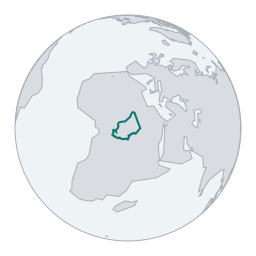 Chad highlighted on a globe, orthographic projection, rotated 42°
{"feature_id": "TCD", "entity_name": "Chad", "entity_type": "country or territory", "adm_level": 0, "iso_a3": "TCD", "parent_name": "Africa", "parent_adm1": "", "projection": "orthographic", "projection_center": [18.978, 15.46], "detail": "fine", "context": "on_globe", "style": "outline", "palette": "teal", "viewbox_px": 256, "rotation_deg": 42, "n_neighbors": 0, "source": "natural_earth", "source_scale": "50m", "svg_char_len": 10927}
<svg xmlns="http://www.w3.org/2000/svg" viewBox="0 0 256 256"><g transform="rotate(42 128 128)"><circle cx="128" cy="128" r="113" fill="#eef3f6" stroke="#a8b0b8"/><path d="M100.5,18.8L93.8,20.7L95.3,20.3L91.1,21.8L91.2,22.0L88.6,22.9L91.0,22.4L93.4,21.5L95.2,21.1L95.5,21.2L92.2,22.3L91.6,22.4L90.8,22.8L89.0,23.3L90.1,23.2L86.1,24.6L90.5,23.5L87.7,24.9L84.9,25.9L84.7,25.4L77.7,27.4L74.8,28.8L71.0,30.9L64.9,35.6L61.9,37.5L58.3,40.5L60.1,39.4L63.6,36.8L66.2,35.8L70.2,33.1L71.8,32.5L76.1,30.1L76.0,31.1L73.5,33.4L69.9,35.5L68.8,36.7L72.6,35.3L66.4,40.3L63.0,45.7L61.3,47.2L57.3,48.2L56.2,46.1L50.9,48.8L54.8,47.8L50.6,52.0L50.1,53.1L50.7,53.5L52.5,52.3L51.1,54.1L46.8,55.4L47.9,53.8L49.3,53.3L48.7,52.5L45.7,54.0L43.8,56.3L41.4,57.1L39.9,58.9L38.6,60.3L41.0,57.3L36.7,62.9L33.7,66.4L38.5,59.6L43.9,53.1L49.7,47.0L55.9,41.4L62.6,36.3L69.6,31.7L77.0,27.6L84.6,24.1L92.5,21.1L100.5,18.8ZM17.7,104.9L18.0,104.2L16.8,110.5L17.9,105.7L17.4,109.6L18.7,112.5L18.3,113.7L19.2,123.9L22.2,130.1L22.9,135.5L22.4,138.0L23.9,139.9L23.9,141.8L31.6,148.9L37.0,155.8L37.9,162.4L35.3,168.2L37.6,182.5L34.2,184.5L36.5,190.0L39.2,196.7L36.8,194.0L40.7,199.1L41.6,200.2L36.4,193.5L31.7,186.5L27.6,179.1L24.0,171.4L21.1,163.4L18.7,155.3L17.0,147.0L15.9,138.6L15.4,130.2L15.5,121.7L16.3,113.3L17.7,104.9ZM24.0,84.8L22.5,88.8L22.7,88.1L24.0,84.8ZM28.0,76.2L28.4,75.4L28.2,75.8L28.0,76.2ZM75.8,29.8L75.9,30.0L75.1,30.3L75.8,29.8ZM77.6,28.8L76.6,29.1L77.2,28.6L77.9,28.4L77.6,28.8ZM78.8,28.6L78.6,27.8L79.8,27.1L83.3,25.9L78.8,28.6ZM94.0,21.2L91.5,22.1L93.3,21.3L94.0,21.2ZM94.7,20.8L97.5,19.6L101.3,18.6L99.6,19.1L104.3,17.9L104.8,18.0L102.3,18.7L99.7,19.2L101.9,18.9L94.7,20.8ZM96.1,20.9L96.3,20.6L99.6,19.6L99.8,20.0L98.6,20.2L96.1,20.9ZM105.3,17.7L107.8,17.2L108.9,17.1L110.0,16.9L105.1,17.9L105.3,17.7ZM98.1,20.5L99.8,20.3L98.5,20.9L96.1,21.1L98.1,20.5ZM100.4,19.3L102.0,18.9L101.2,19.2L100.4,19.3ZM94.9,23.5L95.1,22.9L96.8,22.4L94.9,23.5ZM100.5,20.2L100.9,20.0L101.6,19.8L102.5,19.8L100.5,20.2ZM106.2,17.9L106.2,18.0L108.3,17.5L109.2,17.5L105.7,18.3L107.6,18.0L107.9,18.0L104.8,18.6L106.2,17.9ZM105.5,19.3L101.4,20.5L100.6,21.5L99.0,22.0L100.6,20.3L105.5,19.3ZM105.3,18.8L105.0,19.2L103.2,19.5L102.3,19.4L105.3,18.8ZM111.0,17.4L110.5,17.1L111.3,16.9L111.0,17.4ZM105.6,19.4L106.6,19.2L105.7,19.5L105.6,19.4ZM109.8,17.9L109.5,17.7L110.4,17.6L109.8,17.9ZM108.7,18.8L107.4,19.1L106.7,19.1L108.7,18.8ZM109.5,18.3L110.8,18.2L107.3,18.8L109.2,18.3L109.5,18.3ZM110.6,17.8L111.1,17.7L110.6,17.9L110.6,17.8ZM112.1,19.0L107.8,19.9L106.4,19.6L110.6,18.8L112.1,19.0ZM213.2,54.4L213.7,54.9L211.0,51.9L214.2,55.7L216.1,57.9L215.4,56.9L217.1,59.1L218.9,61.5L219.5,62.3L223.9,68.9L227.8,75.8L231.2,82.9L232.8,87.5L233.6,89.5L232.6,88.1L233.9,92.8L237.6,102.6L238.3,105.9L239.1,113.7L238.7,111.3L236.3,107.3L237.6,115.6L239.5,120.7L240.2,128.0L239.5,126.7L238.6,120.4L237.7,118.8L236.7,111.7L233.5,102.3L232.7,105.4L231.5,101.3L227.0,94.3L225.2,98.7L223.1,112.1L224.8,122.9L223.2,128.5L216.2,114.8L212.5,105.0L210.4,106.8L202.9,99.7L191.1,102.0L189.0,99.7L186.9,101.4L181.6,99.6L178.4,95.7L175.3,96.5L183.8,106.9L187.0,106.1L189.3,101.1L191.0,105.0L196.1,107.8L191.7,119.0L173.6,130.9L171.3,123.0L154.8,102.4L155.0,99.9L154.9,99.7L154.7,99.2L153.7,103.3L150.7,99.3L160.1,113.8L161.9,120.3L173.3,131.4L172.4,132.8L175.9,134.9L186.6,130.3L186.8,133.0L182.1,146.3L166.8,164.9L168.6,175.7L167.0,185.0L156.9,191.9L157.2,198.6L151.9,201.4L151.1,205.2L146.5,209.4L139.1,213.4L127.0,213.8L126.7,210.5L121.4,204.1L114.2,187.7L117.7,179.9L116.9,173.7L108.1,159.7L110.0,151.8L107.6,148.4L102.6,149.1L99.7,145.0L96.6,144.8L77.1,146.4L70.9,140.7L63.0,123.7L66.4,117.6L66.6,110.1L89.5,86.7L94.8,88.4L113.3,85.7L115.7,86.6L113.9,92.3L128.2,99.2L132.2,94.3L144.7,97.7L152.7,97.0L154.7,86.2L141.6,87.0L138.9,82.0L149.0,76.9L160.4,76.8L159.7,74.9L152.1,71.0L154.3,67.4L149.4,69.5L151.7,71.3L148.7,72.8L146.5,71.3L147.3,70.0L143.8,69.3L140.5,76.4L142.5,79.0L133.5,80.7L135.9,85.4L133.6,87.7L128.6,80.8L128.8,78.2L120.0,71.1L119.0,73.9L127.3,80.9L124.8,80.4L123.5,84.8L122.6,81.1L113.9,73.2L105.5,75.0L95.4,85.6L90.4,86.4L85.9,84.1L88.9,73.2L99.8,72.8L101.0,69.5L98.3,64.6L101.8,65.1L102.0,63.2L106.1,63.0L111.3,58.7L115.4,58.2L116.9,52.9L119.2,52.1L117.7,55.4L118.7,57.6L128.8,57.2L130.6,56.0L130.8,52.7L133.5,53.2L132.4,50.1L137.9,48.7L130.3,48.0L130.3,44.6L133.3,42.1L131.9,41.0L127.0,45.2L126.2,47.1L127.8,48.9L124.6,54.6L121.3,55.7L119.4,49.6L114.5,50.6L115.2,45.9L128.1,36.5L133.8,34.8L144.2,38.4L143.2,40.3L139.0,39.9L143.4,43.1L142.8,41.5L145.1,42.1L145.6,39.5L147.3,39.8L145.0,36.9L147.1,37.1L148.5,38.9L151.2,35.6L155.3,35.5L155.1,34.7L153.7,33.8L160.0,34.5L159.6,33.9L157.4,33.4L155.1,31.9L153.5,29.7L155.8,30.0L156.6,30.9L161.8,33.4L163.8,36.0L164.6,35.9L163.4,33.9L157.0,30.7L155.5,29.3L158.6,30.5L157.4,29.9L157.3,29.4L159.3,29.2L155.9,27.9L151.9,22.4L155.4,22.1L158.7,23.5L158.3,21.2L162.3,21.7L160.3,21.1L158.7,20.2L157.4,19.9L156.3,19.6L151.7,17.9L152.0,17.9L159.8,19.9L167.4,22.5L174.9,25.6L182.1,29.2L189.0,33.3L195.6,37.9L201.9,43.0L207.8,48.5L213.2,54.4ZM82.2,98.9L81.7,101.1L82.2,98.9ZM172.9,82.3L179.4,82.0L175.5,75.8L177.7,75.2L175.6,73.5L175.2,75.4L170.0,70.6L172.4,68.4L171.1,65.8L168.9,65.8L165.3,70.7L172.8,77.4L171.7,80.2L172.9,82.3ZM18.8,112.5L18.8,114.1L18.5,113.6L18.8,112.5ZM21.4,95.5L21.5,96.7L21.1,96.5L21.4,95.5ZM22.2,90.0L21.4,94.7L20.6,95.0L21.3,92.1L21.3,92.6L22.2,90.0ZM26.4,79.5L26.0,80.1L25.6,81.1L26.1,80.0L26.4,79.5ZM27.8,76.6L28.4,75.5L27.8,76.6ZM50.9,51.9L51.2,51.8L51.3,52.6L50.5,52.9L50.9,51.9ZM56.7,52.6L54.5,55.4L55.5,53.5L53.9,54.3L54.0,51.5L60.5,47.8L57.5,49.8L56.7,52.6ZM56.0,47.2L55.2,49.1L55.9,47.2L56.0,47.2ZM99.2,54.3L100.8,55.4L99.4,57.4L94.3,58.9L96.1,55.8L99.2,54.3ZM103.3,56.6L102.9,50.6L106.1,49.8L104.3,51.2L106.5,51.2L104.3,53.6L107.7,59.0L106.8,61.2L97.8,62.1L101.2,60.4L99.5,59.3L103.3,56.6ZM96.2,39.9L96.1,38.1L103.2,38.5L102.5,40.1L97.3,41.5L95.1,40.3L96.2,39.9ZM84.9,26.9L84.4,26.8L85.3,26.4L86.5,26.2L84.9,26.9ZM94.8,23.3L88.1,27.3L87.2,27.3L84.3,30.0L80.8,31.2L82.7,29.3L77.9,32.4L78.2,31.2L75.2,33.4L79.9,29.0L80.1,28.3L81.3,28.6L84.5,27.5L86.0,26.8L90.1,24.5L92.0,22.7L95.5,21.6L97.5,21.3L97.6,21.6L95.3,22.1L97.1,22.1L93.8,23.2L94.8,23.3ZM118.9,23.2L116.1,23.0L119.2,24.6L115.9,25.0L116.5,25.2L114.3,26.1L112.6,27.6L111.0,27.6L111.0,28.2L109.6,29.0L109.1,29.9L106.1,30.4L105.3,31.5L104.3,31.1L103.7,33.1L102.8,31.9L100.9,33.0L102.7,33.6L88.0,35.7L82.4,38.1L78.3,40.8L77.4,38.8L80.8,35.2L86.3,31.3L91.7,29.6L90.3,29.2L92.5,28.3L92.7,29.0L93.8,27.4L95.6,26.9L100.5,24.5L100.9,23.0L102.7,22.2L103.5,22.5L104.7,21.5L107.4,21.8L108.7,21.3L112.7,21.3L113.4,22.5L114.8,21.9L117.9,22.1L118.9,23.2ZM113.1,19.0L114.7,20.1L113.7,20.9L107.2,20.7L105.7,21.2L101.5,21.4L103.0,20.2L104.1,20.2L105.4,20.0L104.4,20.4L106.3,19.9L107.8,20.0L109.7,19.6L109.7,20.0L113.1,19.0ZM118.1,84.4L119.9,84.7L122.7,84.4L121.9,87.3L118.1,84.4ZM112.0,79.1L113.6,78.7L113.9,82.4L112.0,82.3L112.0,79.1ZM114.3,75.6L113.7,78.4L112.9,76.9L114.3,75.6ZM119.1,54.9L120.8,54.5L121.0,55.3L120.2,56.5L119.1,54.9ZM127.2,29.1L125.8,28.6L126.2,28.3L125.0,26.5L127.3,26.3L129.0,27.2L127.2,29.1ZM152.6,88.2L150.4,90.4L149.2,89.5L150.2,88.9L152.6,88.2ZM135.5,88.9L139.5,90.1L135.3,89.7L135.5,88.9ZM129.5,28.5L128.7,27.8L130.4,28.2L129.5,28.5ZM129.0,26.0L130.9,26.2L127.5,26.0L129.0,26.0ZM185.0,222.2L184.8,223.0L183.5,223.4L185.0,222.2ZM184.8,181.2L176.1,197.8L171.2,198.5L170.9,194.1L174.5,184.3L180.4,180.8L183.4,176.0L184.8,181.2ZM239.6,142.9L239.9,140.7L240.0,140.3L239.6,142.9ZM239.9,140.7L239.5,137.3L236.9,124.7L237.9,124.0L240.2,130.5L240.1,132.2L240.3,135.3L239.9,140.7ZM240.6,127.6L240.6,127.2L240.6,125.5L240.6,127.6ZM225.2,123.7L227.4,129.4L226.3,131.0L225.2,123.7ZM234.7,92.6L234.8,93.7L234.3,92.2L233.7,89.8L234.7,92.6ZM148.3,27.2L147.4,29.7L148.3,31.8L151.2,33.3L146.7,32.6L145.3,29.3L148.3,27.2ZM151.2,22.9L148.7,22.0L150.0,21.9L150.8,22.1L151.2,22.9ZM149.5,22.7L146.0,22.5L144.7,21.7L147.8,22.0L149.5,22.7ZM137.8,25.0L137.4,25.7L136.0,25.3L137.8,25.0ZM155.7,19.6L154.2,19.2L154.8,19.1L155.7,19.6ZM150.6,18.1L151.0,18.4L149.6,17.9L150.6,18.1ZM152.0,19.2L150.7,18.5L153.3,19.4L152.0,19.2Z" fill="#d9dde1" stroke="#a8b0b8" stroke-width="1"/><path d="M137.3,120.0L137.3,120.8L137.3,121.7L137.3,122.6L137.4,123.5L137.4,124.3L137.4,125.2L137.4,126.1L137.4,127.0L137.5,127.3L137.4,127.4L136.9,127.3L136.7,127.3L136.1,127.5L135.8,127.4L135.6,127.6L135.5,127.8L135.6,128.2L135.5,128.4L135.5,128.5L135.4,128.6L135.3,128.8L135.2,128.8L135.1,129.0L135.0,129.3L134.9,129.5L134.6,129.6L134.5,129.8L134.6,130.0L134.6,130.3L134.8,130.4L134.8,130.5L134.7,130.6L134.4,130.8L134.1,131.0L134.0,131.4L134.1,131.6L134.2,131.9L134.2,132.0L134.2,132.3L133.8,132.6L133.6,132.8L133.5,133.1L133.5,133.3L133.8,133.4L134.0,133.4L134.5,133.5L134.5,133.8L134.6,134.1L134.7,134.5L134.9,134.7L134.9,134.8L134.9,135.4L135.0,135.6L135.2,135.8L135.3,135.8L135.5,135.9L135.6,136.0L135.6,136.3L135.6,136.6L135.5,136.8L135.4,136.8L135.2,136.8L135.0,136.7L134.8,136.7L134.5,136.8L134.3,136.9L134.2,137.0L133.9,137.1L133.4,137.4L133.3,137.5L133.3,137.8L133.3,138.0L133.2,138.1L133.0,138.3L132.9,138.3L132.7,138.7L132.6,138.8L132.4,138.7L131.9,139.3L131.7,139.6L131.5,139.9L131.3,140.0L131.2,140.1L130.6,140.4L130.1,140.4L129.9,140.5L129.7,140.6L129.3,140.6L129.2,140.6L128.8,140.7L128.3,140.6L128.1,140.7L128.0,140.8L127.8,140.9L127.8,141.0L128.2,141.2L128.3,141.3L128.2,141.5L127.9,141.8L127.6,142.1L127.4,142.2L127.3,142.3L127.2,142.5L126.6,142.6L126.0,142.6L125.6,142.7L125.4,142.6L125.1,142.8L124.9,142.8L124.6,143.0L124.4,143.2L123.9,143.3L123.8,143.5L123.7,143.5L123.5,143.3L123.3,143.1L123.3,142.9L123.2,142.9L123.0,143.0L122.9,143.2L122.6,143.3L122.3,143.4L122.1,143.5L121.9,143.6L121.6,143.6L121.4,143.5L121.2,143.5L121.3,143.3L121.3,143.2L121.2,142.9L120.9,142.4L120.8,141.9L120.5,141.5L120.2,141.2L119.9,141.0L119.8,140.9L119.4,140.5L119.0,140.2L118.9,140.0L118.7,139.8L118.5,139.5L118.4,139.4L118.3,139.2L118.5,139.0L118.6,138.8L118.8,138.7L119.1,138.7L119.5,138.7L120.0,138.8L120.4,138.7L120.6,138.7L120.9,138.7L121.3,138.7L121.6,138.7L121.3,138.5L121.1,138.2L120.8,138.0L120.7,137.7L120.6,137.4L120.5,137.0L120.4,136.5L120.4,136.2L120.6,135.6L120.5,135.4L120.5,135.0L120.5,134.9L120.3,134.5L120.1,134.2L120.1,133.7L119.9,133.4L119.7,133.3L119.5,133.1L119.5,132.8L119.4,132.7L118.9,132.6L118.6,132.6L118.4,132.2L118.0,131.8L117.8,131.3L117.6,130.5L117.5,130.0L117.6,129.8L117.9,129.5L118.2,128.9L118.9,127.9L119.3,127.3L120.0,126.6L120.9,125.6L121.4,125.1L121.5,124.1L121.6,123.1L121.7,122.3L121.8,121.4L121.9,120.6L121.9,120.0L122.0,119.2L122.4,118.5L122.4,118.4L121.9,117.7L121.7,117.3L121.8,117.2L121.3,116.3L121.1,116.2L121.1,115.9L121.1,115.3L120.9,114.3L120.8,113.2L121.4,112.9L122.0,112.6L122.6,112.3L123.2,112.6L124.0,113.1L124.9,113.6L125.8,114.0L126.6,114.5L127.5,115.0L128.4,115.4L129.3,115.9L130.1,116.4L131.0,116.8L131.9,117.3L132.8,117.7L133.7,118.2L134.6,118.6L135.5,119.1L136.4,119.5L137.3,120.0Z" fill="none" stroke="#0f766e" stroke-width="2"/></g></svg>